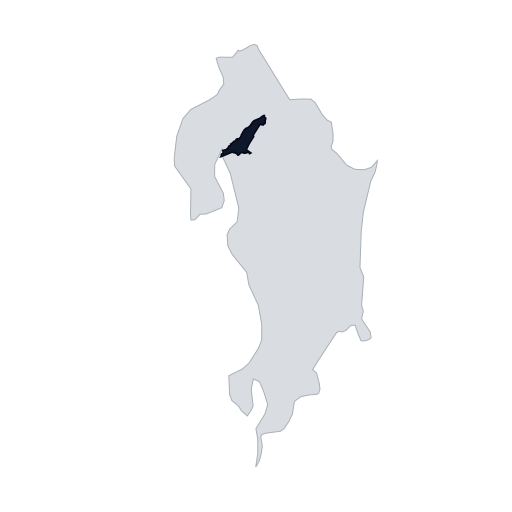 Canas, Guanacaste, Costa Rica shown in context, rotated 33°
{"feature_id": "36466004B65281330352027", "entity_name": "Canas", "entity_type": "district", "adm_level": 2, "iso_a3": "CRI", "parent_name": "Costa Rica", "parent_adm1": "Guanacaste", "projection": "equal_earth", "projection_center": [-85.111, 10.45], "detail": "fine", "context": "in_parent", "style": "filled", "palette": "ink", "viewbox_px": 512, "rotation_deg": 33, "n_neighbors": 0, "source": "geoboundaries", "source_scale": "gbopen_adm2", "svg_char_len": 6386}
<svg xmlns="http://www.w3.org/2000/svg" viewBox="0 0 512 512"><g transform="rotate(33 256 256)"><path d="M397.0,261.8L396.5,263.9L395.1,266.1L393.0,268.4L390.2,269.9L383.5,265.3L376.9,260.1L373.3,262.5L372.0,269.3L369.6,272.7L366.5,274.1L365.3,276.3L365.1,299.1L365.3,320.5L370.3,321.0L378.6,328.5L382.2,332.9L383.3,336.9L382.3,338.9L376.2,343.6L370.3,349.5L367.4,356.9L372.6,368.8L373.7,376.9L373.5,385.4L372.1,389.5L360.7,399.3L358.1,402.7L358.5,405.1L364.8,411.9L367.8,418.4L370.4,426.2L370.7,433.1L364.9,420.4L357.0,408.4L350.0,400.9L349.5,383.6L346.7,374.2L336.3,365.5L327.3,359.5L320.7,360.7L324.8,370.7L335.3,383.4L336.0,388.3L335.8,394.9L328.6,393.9L322.3,391.2L314.5,390.4L309.3,386.5L298.4,371.2L306.1,358.2L308.5,349.6L308.3,331.9L306.5,323.3L298.1,310.3L284.7,296.0L265.9,284.2L257.1,274.8L235.1,267.6L226.8,262.8L220.2,253.9L219.3,247.5L221.6,237.7L215.5,225.2L189.4,200.7L174.7,191.6L171.6,186.3L169.3,184.7L171.5,201.6L177.9,211.8L194.6,221.3L199.2,226.9L201.0,234.1L191.4,247.9L186.4,251.4L185.0,259.0L181.8,261.3L178.5,256.9L164.9,235.2L138.8,224.9L134.1,218.5L124.3,198.7L119.9,180.7L121.5,168.6L132.2,149.9L135.6,141.7L134.9,136.7L135.3,129.3L131.3,124.1L121.3,117.4L115.0,112.0L116.8,109.3L128.1,102.1L128.9,95.5L128.8,93.4L130.7,92.9L132.3,91.2L133.3,89.4L136.4,83.1L139.2,79.5L142.3,78.9L146.1,81.6L160.5,88.3L176.4,95.9L199.1,106.6L208.5,99.7L216.6,94.5L222.2,95.2L234.5,101.3L241.8,103.3L246.3,102.7L254.1,111.6L258.4,118.4L259.1,122.9L261.5,125.3L267.6,125.8L282.5,130.4L291.6,129.5L299.8,124.7L304.4,118.9L305.8,109.8L307.9,114.3L310.3,121.4L311.4,130.5L322.2,160.9L330.8,178.0L349.5,209.1L357.7,214.8L371.4,239.8L376.1,243.9L378.8,251.3L393.0,257.4L397.0,261.8Z" fill="#d9dde1" stroke="#a8b0b8" stroke-width="1"/><path d="M190.3,137.7L190.1,137.5L190.0,137.4L189.8,137.4L189.8,137.2L189.8,136.6L189.7,136.3L189.5,135.8L189.4,135.5L189.3,135.2L189.1,135.2L188.8,135.1L188.5,134.9L188.1,134.8L187.6,134.7L187.2,134.7L186.8,134.6L186.7,134.5L186.6,134.1L186.5,133.8L186.5,133.5L186.4,133.5L186.0,133.8L185.9,134.1L185.8,134.3L185.5,134.6L185.2,135.3L185.0,135.8L184.9,136.3L184.7,136.6L184.6,136.8L184.4,137.6L184.4,137.8L184.2,138.1L184.1,138.4L184.1,138.7L183.8,139.0L183.7,139.2L183.7,139.3L183.4,139.5L183.2,139.7L183.0,139.8L182.9,140.1L182.8,140.4L182.7,140.6L182.6,140.8L182.4,141.0L182.2,141.2L181.9,141.7L181.7,141.9L181.6,142.2L181.6,142.4L181.4,142.8L181.1,143.0L180.8,143.1L180.6,143.7L180.6,144.0L180.4,144.4L180.4,144.5L180.3,144.8L180.4,145.2L180.3,145.3L180.3,145.5L180.2,145.7L180.3,146.0L180.2,146.1L180.4,146.3L180.2,146.7L180.3,146.9L180.3,147.1L180.2,147.4L180.2,147.6L180.2,147.9L180.2,148.0L180.0,148.3L180.1,148.5L180.1,148.8L180.3,149.0L180.2,149.4L180.2,149.9L180.1,150.1L179.9,150.4L179.9,150.7L179.8,151.0L179.9,151.4L179.9,151.6L179.7,151.6L179.7,151.9L179.5,152.0L179.4,152.1L179.3,152.4L179.2,152.7L179.2,152.8L179.1,153.1L178.8,153.4L178.5,153.8L178.1,154.1L178.0,154.4L177.8,154.7L177.8,154.9L177.9,155.0L177.8,155.6L177.5,156.2L178.0,156.3L177.7,157.1L177.6,157.4L177.6,158.0L177.5,158.3L177.4,158.5L177.4,159.0L177.5,159.4L177.5,159.7L177.7,159.8L177.7,160.2L177.7,160.3L177.7,160.6L177.8,160.7L177.8,160.8L177.7,161.1L177.7,161.4L177.6,161.7L177.6,162.1L177.7,162.4L177.9,162.7L177.9,162.9L178.0,163.2L178.1,163.5L178.1,164.0L178.1,164.3L178.2,164.5L178.2,164.9L178.0,165.9L178.0,166.2L178.0,166.4L177.9,166.7L177.6,167.1L176.9,167.5L176.7,167.6L176.7,167.8L176.7,168.0L176.8,168.0L176.9,168.3L176.8,168.5L176.6,168.5L176.4,168.7L176.2,168.6L176.2,168.8L176.3,169.0L176.2,169.4L176.0,169.1L175.9,169.1L175.8,169.4L175.9,169.7L176.0,169.7L176.3,169.6L176.4,170.1L176.1,170.2L176.1,170.4L176.1,170.5L176.3,170.5L176.3,170.8L176.1,170.9L175.9,171.1L175.6,171.2L175.6,171.6L175.4,172.1L175.3,171.7L175.2,171.7L175.0,171.8L174.9,171.9L174.9,172.0L174.9,172.4L175.0,172.7L175.0,172.9L174.8,173.2L174.7,173.4L174.4,173.7L174.4,173.9L174.4,174.0L174.6,174.0L174.7,174.3L174.7,174.5L174.4,175.0L174.3,175.3L174.4,175.7L174.4,175.8L174.3,175.7L174.2,175.5L174.0,175.8L173.9,175.8L173.8,175.7L173.7,175.8L173.8,175.9L173.9,176.0L174.0,176.4L174.2,176.9L174.1,177.5L173.8,177.9L173.8,178.1L173.6,178.1L173.5,178.5L173.4,178.6L173.3,178.8L173.4,179.3L173.5,180.2L173.5,180.5L173.7,181.0L174.0,181.3L174.2,181.5L173.8,181.7L173.6,181.6L173.4,181.6L173.2,181.8L173.2,182.3L172.9,183.1L172.4,183.7L172.2,183.8L172.0,184.0L171.6,184.5L171.2,185.1L170.7,185.3L170.5,185.6L171.2,186.1L171.6,186.6L172.0,187.0L172.1,187.4L172.1,188.2L171.9,188.5L171.6,189.0L171.6,189.7L171.8,190.2L172.1,190.5L172.2,191.1L172.3,191.4L172.3,191.7L172.4,191.9L172.4,192.0L172.6,191.8L172.6,191.6L172.8,191.3L172.9,191.2L173.0,191.2L173.3,190.7L173.6,190.4L179.2,182.3L179.2,182.1L179.3,182.0L179.4,181.9L179.6,181.8L179.8,181.8L180.0,181.8L180.5,181.9L180.5,182.0L180.6,181.7L180.8,181.7L181.0,181.4L181.3,181.4L181.4,181.1L181.5,181.0L181.5,180.9L181.8,180.9L182.0,180.8L182.3,180.9L182.5,180.8L182.8,181.0L183.1,180.9L183.4,180.9L183.7,180.7L183.8,180.6L183.7,180.5L183.9,180.5L184.4,180.5L184.5,180.6L184.8,180.9L185.1,180.9L185.1,181.1L185.3,181.1L185.5,181.2L185.9,181.4L186.0,181.3L186.1,181.0L186.1,180.9L186.2,180.7L186.3,180.7L186.3,180.3L186.5,180.3L186.7,180.2L186.8,179.9L186.9,179.7L186.6,179.5L186.6,179.2L186.5,178.9L186.5,178.3L186.9,178.1L187.0,177.9L187.1,177.6L187.3,177.7L187.5,177.4L187.8,177.2L188.1,176.8L188.2,176.5L188.3,176.4L188.5,176.3L188.6,176.2L188.9,176.5L189.1,176.6L189.3,176.5L189.3,176.2L189.6,176.0L189.8,175.9L189.9,176.2L190.1,176.3L190.3,176.0L190.6,175.9L191.0,175.4L191.4,175.3L191.5,175.1L191.6,174.9L191.8,174.9L192.0,174.4L192.4,174.1L192.5,173.9L192.6,173.5L192.7,173.4L192.8,173.3L193.1,173.4L193.3,173.4L193.5,173.3L193.7,173.0L193.8,173.0L194.0,173.2L194.3,173.4L194.8,173.8L195.0,173.7L195.0,173.3L195.2,173.1L195.4,172.9L195.7,172.3L190.0,172.1L189.2,165.5L189.1,159.7L189.1,157.1L187.9,156.1L187.8,146.5L187.8,146.1L187.8,145.4L187.8,145.1L187.6,145.0L187.6,144.9L187.7,144.3L187.7,144.2L187.7,143.9L187.6,143.7L187.7,143.4L187.8,143.4L188.0,143.3L188.0,143.2L188.4,143.0L188.6,143.1L188.8,143.0L189.1,143.0L189.6,142.5L189.7,142.4L190.3,142.3L190.6,142.4L190.7,142.0L190.8,141.9L190.8,141.7L190.8,141.4L190.8,141.0L191.0,140.8L191.2,140.5L191.2,140.3L191.3,140.2L191.4,139.8L191.3,139.3L191.1,139.1L190.9,138.9L190.7,138.7L190.4,138.0L190.3,137.7Z" fill="#0f172a" stroke="#020617" stroke-width="1.5"/></g></svg>